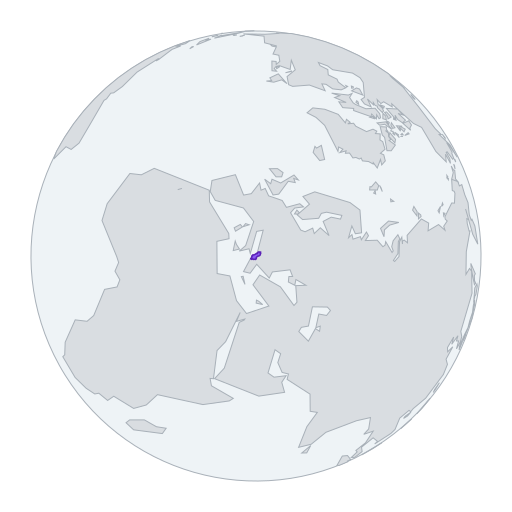 globe centered on Albania, rotated 61°
{"feature_id": "ALB", "entity_name": "Albania", "entity_type": "country or territory", "adm_level": 0, "iso_a3": "ALB", "parent_name": "Europe", "parent_adm1": "", "projection": "orthographic", "projection_center": [20.103, 41.151], "detail": "fine", "context": "on_globe", "style": "filled", "palette": "violet", "viewbox_px": 512, "rotation_deg": 61, "n_neighbors": 0, "source": "natural_earth", "source_scale": "50m", "svg_char_len": 11578}
<svg xmlns="http://www.w3.org/2000/svg" viewBox="0 0 512 512"><g transform="rotate(61 256 256)"><circle cx="256" cy="256" r="225" fill="#eef3f6" stroke="#a8b0b8"/><path d="M160.5,51.9L169.4,48.8L163.0,51.5L166.9,50.4L175.2,47.2L179.6,45.5L204.2,41.5L231.7,37.5L239.6,35.1L238.6,36.9L252.8,32.5L267.2,32.1L251.4,33.4L250.2,34.3L260.2,34.1L261.2,35.0L266.5,35.7L266.7,37.1L257.5,38.3L257.5,39.4L264.6,39.3L269.3,41.0L258.8,40.9L265.9,44.0L251.8,48.0L223.8,48.8L216.4,54.0L188.7,63.5L191.6,64.6L183.0,69.6L183.2,72.9L178.0,74.2L182.7,75.7L187.4,73.9L191.0,74.1L191.6,76.0L185.0,77.9L183.8,77.2L182.2,78.8L178.7,79.0L180.7,80.0L172.7,82.4L181.4,83.0L175.6,87.4L170.1,88.2L169.8,84.2L156.2,78.1L150.5,78.6L142.8,82.9L130.3,98.6L124.4,101.3L117.0,107.6L120.6,107.7L127.7,102.8L132.6,105.0L140.6,99.4L143.8,99.7L152.4,95.9L152.0,100.9L147.0,107.9L139.8,111.5L137.4,114.9L145.0,115.4L132.4,126.4L125.4,141.7L122.0,144.4L114.1,141.8L112.2,131.4L101.9,130.2L109.4,135.7L100.9,143.2L99.9,146.6L100.9,149.2L104.4,148.4L101.7,152.2L93.2,147.6L95.6,144.1L98.2,145.4L97.3,140.8L91.5,138.7L87.6,143.2L83.0,136.9L80.2,140.2L77.6,141.0L82.4,136.0L73.7,145.1L67.6,142.4L55.6,159.4L66.4,140.7L69.7,133.8L72.6,127.6L70.6,130.1L77.2,119.7L78.4,117.4L89.8,103.9L102.2,91.4L115.6,79.8L129.8,69.4L144.8,60.1L160.5,51.9ZM58.2,148.2L55.8,153.0L53.8,156.8L58.2,148.2ZM45.0,177.0L44.7,177.9L44.4,178.6L45.0,177.0ZM35.6,209.2L34.9,212.8L35.8,210.7L36.1,214.8L33.6,224.7L35.8,220.1L34.6,229.3L36.8,244.8L36.0,245.8L37.5,270.9L43.0,290.7L44.3,301.4L43.2,304.1L46.1,310.5L46.2,313.5L61.0,338.3L71.5,356.1L73.2,366.0L68.3,369.2L73.1,385.9L67.7,379.7L59.3,365.8L51.9,351.4L45.6,336.5L40.4,321.2L36.2,305.6L33.2,289.7L31.4,273.6L30.7,257.4L31.2,241.2L32.8,225.1L35.6,209.2ZM52.4,164.1L45.3,186.8L46.1,179.3L46.5,179.4L49.0,172.4L52.5,162.5L54.2,157.0L52.4,164.1ZM56.5,161.8L57.4,158.7L56.9,161.1L56.5,161.8ZM181.5,44.7L175.2,47.1L167.5,49.9L172.5,47.6L181.5,44.7ZM196.4,40.9L193.7,41.9L189.6,42.3L192.4,41.5L196.4,40.9ZM245.0,33.6L239.7,34.1L244.5,33.3L245.0,33.6ZM267.2,35.6L268.4,35.2L270.7,35.8L267.2,35.6ZM152.1,93.6L152.2,94.7L150.5,94.8L152.1,93.6ZM155.6,91.0L153.6,90.2L155.0,88.9L156.2,89.4L155.6,91.0ZM273.1,38.5L276.4,39.7L271.5,38.6L273.1,38.5ZM157.9,92.3L157.7,86.7L160.2,84.5L167.0,84.6L157.9,92.3ZM277.3,40.6L285.4,44.1L288.7,43.4L283.8,47.7L278.6,43.0L271.9,41.6L276.5,41.6L277.3,40.6ZM188.6,72.6L183.6,74.6L187.3,71.2L188.6,72.6ZM190.1,70.4L196.1,60.9L203.8,59.2L200.2,62.6L209.7,59.4L210.5,63.3L205.4,65.9L200.3,66.1L204.5,67.5L190.1,70.4ZM279.8,49.8L280.3,51.0L278.0,50.0L279.8,49.8ZM192.7,73.9L193.3,72.0L200.0,70.4L200.1,74.0L197.9,73.3L192.7,73.9ZM211.8,56.9L216.8,56.5L218.8,59.5L221.0,59.8L211.2,63.2L211.8,56.9ZM196.7,74.7L200.0,76.0L197.4,78.5L192.7,75.8L196.7,74.7ZM201.6,68.5L204.8,68.0L203.1,69.4L201.6,68.5ZM189.9,89.1L190.4,86.4L193.9,85.3L189.9,89.1ZM201.4,76.3L202.3,75.4L203.8,74.7L205.4,76.2L201.4,76.3ZM213.3,65.2L213.1,66.7L217.4,64.0L219.1,66.3L212.2,68.3L215.9,68.5L216.4,69.2L210.2,70.0L213.3,65.2ZM211.3,75.7L203.2,79.5L201.5,84.5L198.3,85.6L201.6,77.4L211.3,75.7ZM211.2,72.3L210.6,74.6L206.9,74.6L205.1,73.0L211.2,72.3ZM222.7,67.4L221.9,63.2L223.4,62.9L222.7,67.4ZM211.6,77.1L213.5,76.2L211.9,77.5L211.6,77.1ZM220.1,70.3L219.6,68.8L221.4,68.5L220.1,70.3ZM217.9,75.8L215.2,76.9L213.9,75.8L217.9,75.8ZM219.5,73.3L222.0,73.3L215.0,74.7L219.0,72.6L219.5,73.3ZM221.8,70.3L222.7,69.6L221.8,71.0L221.8,70.3ZM224.4,79.7L215.9,81.8L213.0,79.1L221.6,77.4L224.4,79.7ZM138.1,360.8L122.7,326.3L129.4,316.9L130.0,302.5L175.8,265.0L186.2,270.4L223.1,268.9L227.8,271.2L224.2,283.1L252.5,298.5L260.8,288.5L285.6,294.7L301.7,292.2L306.0,269.0L279.7,272.6L274.4,262.0L294.8,249.6L317.7,246.8L316.3,242.6L301.2,235.6L305.8,226.5L295.9,232.5L300.4,236.3L294.4,240.3L289.9,237.2L291.7,233.9L284.6,232.9L277.9,249.4L281.7,255.1L263.6,259.4L268.2,269.5L263.6,274.5L253.9,259.5L254.3,253.8L236.9,237.2L234.8,243.5L251.1,259.8L246.3,258.6L243.6,268.2L241.9,260.0L224.7,241.3L207.9,243.7L187.6,264.7L177.5,264.8L168.6,257.9L174.9,234.6L196.7,237.3L199.2,229.9L193.9,217.5L200.9,219.7L201.4,215.2L209.5,215.8L220.1,206.2L228.2,205.8L231.5,192.4L236.1,190.6L232.8,198.9L234.9,204.8L255.0,204.3L258.6,201.3L259.1,192.9L264.6,194.2L262.5,186.1L273.6,182.2L258.3,180.5L258.5,171.4L264.7,164.2L262.1,161.2L251.9,173.0L250.4,178.2L253.4,182.9L246.7,197.6L240.0,200.0L236.6,184.1L226.7,186.1L228.4,173.5L254.8,147.9L266.2,142.8L286.9,152.4L284.7,158.3L276.2,157.6L284.9,166.2L283.8,161.7L288.3,163.0L289.7,155.3L292.9,156.0L288.6,147.8L292.8,147.8L295.5,152.9L301.0,142.3L309.4,140.5L309.1,137.9L306.3,135.6L318.9,135.3L318.1,133.5L313.7,132.8L309.2,128.7L306.2,121.6L310.7,121.9L312.4,124.5L322.7,130.7L326.5,138.0L328.0,137.4L325.8,131.2L313.2,123.6L310.2,119.3L316.5,122.1L314.0,120.7L313.9,118.7L317.9,117.1L311.2,113.8L303.8,93.4L310.9,89.0L317.4,93.3L317.0,81.1L325.1,78.2L321.0,77.4L318.1,71.8L315.5,72.6L313.3,71.8L304.5,59.1L306.0,56.8L297.6,51.6L295.5,51.3L293.9,52.6L283.8,47.7L288.7,43.4L293.3,44.1L293.3,41.4L303.6,43.7L312.1,44.7L323.4,49.5L329.1,50.4L328.5,49.3L335.8,50.0L353.2,56.3L342.1,55.9L316.5,49.9L327.2,52.4L325.6,53.5L330.0,55.5L337.5,57.5L337.8,56.7L354.2,70.0L373.9,81.3L370.4,75.3L373.9,74.8L393.3,85.1L421.2,113.4L426.2,115.1L430.3,119.0L434.4,125.7L428.5,120.0L427.5,121.9L423.6,118.0L428.1,127.6L422.7,122.4L428.9,132.9L432.7,134.8L430.8,127.9L438.4,139.8L443.6,141.1L450.5,149.6L462.6,176.5L465.7,192.5L467.2,196.2L465.2,197.0L467.5,208.9L475.1,218.5L476.6,224.0L477.9,243.3L477.1,239.6L471.8,241.7L474.4,256.4L478.5,258.0L480.0,267.3L478.4,270.3L476.4,262.5L474.5,262.9L472.5,250.9L466.0,238.4L464.2,248.2L461.9,241.3L452.8,234.2L448.8,248.0L444.1,280.3L447.4,299.0L444.0,311.5L429.9,294.2L422.5,278.2L418.1,283.9L403.0,275.7L379.0,288.6L374.9,284.8L370.5,289.6L359.8,288.6L353.4,281.8L347.2,284.8L364.1,302.2L370.7,299.0L375.3,287.7L378.9,294.7L389.1,297.1L379.9,321.5L343.2,351.7L338.7,338.1L305.9,302.8L306.3,297.7L306.2,297.2L305.7,296.3L303.7,304.8L297.7,297.2L316.2,324.1L319.8,335.9L342.7,352.7L340.8,355.5L347.9,357.9L369.5,344.9L369.8,349.6L360.2,374.5L329.5,409.4L333.1,424.2L330.0,436.9L309.7,448.4L310.4,455.8L299.8,460.0L298.5,463.9L289.3,468.7L274.5,473.1L250.4,473.8L249.7,471.2L238.9,464.7L224.2,445.1L231.2,435.4L229.4,426.8L211.8,404.6L215.7,392.5L210.8,386.6L200.9,386.7L195.1,379.3L189.0,378.1L150.3,373.5L138.1,360.8ZM161.0,288.0L160.0,292.3L161.0,288.0ZM342.8,255.2L355.9,251.5L348.3,239.2L352.7,236.9L348.5,233.8L347.7,238.4L337.2,229.2L342.2,223.1L339.8,217.3L335.3,218.3L327.8,231.3L342.7,244.1L340.4,250.9L342.8,255.2ZM37.0,245.1L36.9,249.0L36.3,246.5L37.0,245.1ZM44.6,182.0L43.8,185.3L42.9,188.4L43.1,186.5L44.6,182.0ZM42.6,209.0L42.6,213.5L41.9,210.4L42.6,209.0ZM44.5,190.2L42.6,205.7L41.3,201.0L42.8,191.4L42.8,195.7L44.5,190.2ZM53.4,165.5L52.6,168.1L51.7,169.2L53.4,165.5ZM56.1,163.7L56.1,163.1L57.2,160.8L56.1,163.7ZM101.4,143.4L102.0,143.9L102.2,147.1L100.6,146.6L101.4,143.4ZM112.6,156.2L108.0,162.1L110.2,157.3L106.9,157.5L107.5,148.2L120.3,145.3L114.4,148.1L112.6,156.2ZM111.8,135.6L110.0,141.4L111.4,135.3L111.8,135.6ZM196.2,191.9L199.2,195.2L196.5,200.1L186.2,201.9L190.0,194.8L196.2,191.9ZM204.1,199.0L203.6,183.5L210.0,182.1L206.5,185.4L210.8,186.1L206.3,191.6L212.9,206.1L210.9,211.5L193.0,211.2L199.9,208.1L196.6,204.8L204.1,199.0ZM191.0,150.7L190.9,145.2L204.9,149.2L203.4,154.0L193.1,155.8L188.7,151.3L191.0,150.7ZM170.0,94.1L169.0,92.6L170.8,92.0L173.1,92.7L170.0,94.1ZM189.8,87.9L176.1,100.1L174.3,99.0L168.3,108.2L161.3,108.8L165.4,102.7L155.5,110.4L156.4,105.1L150.2,110.9L160.0,97.2L160.4,93.2L162.7,97.3L169.1,96.8L172.0,95.3L180.5,88.5L184.5,80.2L191.5,78.8L195.5,80.0L195.6,81.8L191.0,82.0L194.4,84.2L187.9,86.0L189.8,87.9ZM237.3,101.9L231.9,100.3L237.8,107.3L231.2,108.2L232.3,109.0L227.9,111.8L224.4,116.8L221.3,116.5L221.3,118.6L218.3,120.8L217.2,123.7L211.3,124.3L209.5,128.0L207.7,126.2L206.2,132.5L204.7,128.2L200.7,130.9L204.3,133.6L175.0,132.6L163.9,136.3L155.5,141.9L154.0,134.5L161.0,124.7L172.0,115.4L182.9,113.3L180.3,110.6L184.7,108.8L184.9,111.7L187.2,106.3L190.9,105.8L200.8,99.0L201.8,92.2L205.4,89.8L206.8,92.2L209.4,88.2L214.6,91.3L217.4,89.7L225.2,91.4L226.5,97.4L229.4,95.2L235.5,96.8L237.3,101.9ZM226.5,80.3L229.5,86.7L227.4,90.4L214.6,86.0L211.4,86.9L203.1,84.7L206.4,79.4L208.4,80.5L211.2,80.3L209.1,82.0L212.8,80.6L215.8,82.1L219.5,81.5L219.5,83.6L226.5,80.3ZM232.8,266.9L236.3,267.5L241.9,267.1L240.2,273.3L232.8,266.9ZM220.8,254.4L224.0,253.8L224.4,261.9L220.7,261.4L220.8,254.4ZM225.4,246.8L224.1,253.1L222.6,249.4L225.4,246.8ZM235.7,198.0L239.1,197.1L239.6,199.0L237.9,202.0L235.7,198.0ZM253.3,124.6L250.6,122.7L251.5,121.6L249.2,115.4L253.9,114.5L257.1,117.9L253.3,124.6ZM301.7,273.7L297.3,278.7L294.8,277.0L296.8,275.6L301.7,273.7ZM267.5,277.1L275.5,279.4L266.9,278.8L267.5,277.1ZM258.0,122.6L256.6,120.1L259.8,121.3L258.0,122.6ZM257.2,113.6L260.9,114.3L254.2,113.7L257.2,113.6ZM365.9,424.0L348.7,447.3L338.8,450.5L338.1,446.0L345.2,433.1L357.0,425.9L363.1,418.1L365.9,424.0ZM479.5,284.6L478.4,286.7L472.8,277.5L474.9,272.7L479.9,271.9L479.7,275.3L480.4,275.4L479.9,280.8L479.5,284.6ZM481.2,260.1L481.2,257.7L481.1,251.2L481.1,247.8L480.4,236.4L481.2,260.1ZM448.3,300.0L452.8,307.1L450.5,311.5L448.3,300.0ZM475.6,205.7L477.2,213.3L473.9,198.8L474.3,200.2L475.6,205.7ZM472.0,191.9L471.6,190.9L471.0,188.9L471.8,191.4L472.0,191.9ZM469.4,201.1L469.6,205.7L468.5,203.3L467.6,196.1L469.4,201.1ZM455.7,157.0L459.8,164.0L461.3,167.1L459.4,164.6L455.7,157.0ZM295.9,114.8L293.8,124.1L295.4,131.0L301.2,134.7L292.2,133.7L289.7,123.1L295.9,114.8ZM302.3,95.9L297.2,93.1L299.9,92.0L301.5,92.5L302.3,95.9ZM298.9,95.8L291.8,96.8L289.2,93.9L295.4,93.6L298.9,95.8ZM275.0,109.0L274.0,111.8L271.4,110.7L275.0,109.0ZM470.5,187.1L471.0,189.1L466.0,176.3L464.9,172.7L469.2,183.4L469.4,183.8L470.5,187.1ZM430.6,115.8L428.0,113.4L425.6,109.8L428.1,112.5L430.6,115.8ZM415.3,97.5L424.1,108.2L430.7,117.6L431.0,117.0L436.7,123.9L433.7,121.9L425.6,111.4L421.4,105.3L416.2,100.4L410.3,94.0L404.5,89.8L400.5,86.1L404.4,88.3L415.3,97.5ZM402.2,88.2L390.0,80.1L387.5,76.3L389.7,77.1L396.3,82.4L397.2,84.1L402.2,88.2ZM386.3,77.1L387.0,78.9L370.7,73.6L366.6,71.7L377.8,72.8L379.1,74.6L383.5,76.8L386.3,77.1ZM282.6,50.8L280.5,51.0L281.4,50.1L282.6,50.8ZM312.0,72.4L309.1,71.2L310.3,70.0L312.0,72.4ZM301.9,67.5L302.6,69.7L300.0,67.2L301.9,67.5ZM304.6,74.9L302.0,70.5L307.1,74.9L304.6,74.9Z" fill="#d9dde1" stroke="#a8b0b8" stroke-width="1"/><path d="M253.8,253.2L253.8,252.7L253.8,252.4L253.7,252.1L253.7,251.7L254.0,251.3L254.1,251.0L254.4,250.7L254.5,250.4L254.7,250.2L254.8,250.1L255.0,250.3L254.9,250.6L255.0,250.7L255.1,250.8L255.3,250.7L255.5,250.7L255.8,250.5L256.0,250.6L256.2,251.0L256.4,251.3L256.7,251.4L256.9,251.6L257.1,251.8L257.2,252.0L257.4,252.6L257.4,253.0L257.2,253.8L257.2,254.1L257.2,254.3L257.0,254.5L257.1,255.1L257.1,255.3L257.1,255.5L257.4,256.1L257.5,256.3L257.8,256.9L257.9,257.0L258.3,256.9L258.5,257.0L258.5,257.5L258.8,257.9L258.8,258.1L258.7,258.3L258.5,258.6L258.3,258.7L258.1,258.8L258.0,259.0L257.9,259.2L257.8,259.4L257.8,259.5L257.7,259.9L257.7,260.1L257.3,260.3L257.1,260.3L256.9,260.3L256.8,260.5L256.7,260.6L256.7,261.0L256.8,261.1L256.8,261.3L256.6,261.3L256.6,261.6L256.4,261.8L256.1,261.9L255.9,261.7L255.7,261.7L255.7,261.3L255.6,261.0L255.2,260.4L254.1,259.7L253.9,259.4L253.8,259.1L253.7,258.9L253.8,258.9L253.9,259.0L254.0,259.0L254.1,258.9L254.0,258.7L253.7,258.1L253.7,257.9L253.9,257.4L254.1,256.8L254.1,256.2L254.2,255.7L254.1,255.3L254.0,254.9L254.2,254.4L254.4,254.2L254.5,254.1L254.5,253.5L254.1,253.2L253.8,253.2Z" fill="#8b5cf6" stroke="#5b21b6" stroke-width="1.5"/></g></svg>